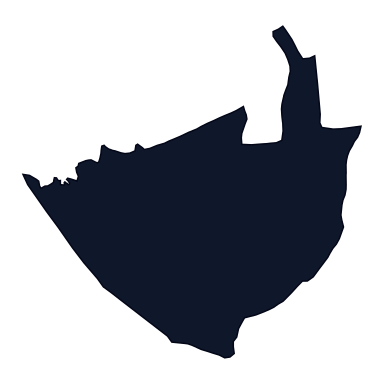 Southern Ijaw, Bayelsa, Nigeria (Mercator projection)
{"feature_id": "59680162B89388744582495", "entity_name": "Southern Ijaw", "entity_type": "district", "adm_level": 2, "iso_a3": "NGA", "parent_name": "Nigeria", "parent_adm1": "Bayelsa", "projection": "mercator", "projection_center": [5.914, 4.715], "detail": "fine", "context": "isolated", "style": "filled", "palette": "ink", "viewbox_px": 384, "rotation_deg": 0, "n_neighbors": 0, "source": "geoboundaries", "source_scale": "gbopen_adm2", "svg_char_len": 2595}
<svg xmlns="http://www.w3.org/2000/svg" viewBox="0 0 384 384"><path d="M23.0,174.4L27.7,184.6L46.4,211.3L58.2,227.3L72.7,248.1L84.0,262.9L97.4,278.5L103.4,286.9L110.7,292.2L122.0,301.0L167.5,336.1L171.8,342.1L184.8,343.4L187.9,343.8L192.0,345.2L201.2,349.4L208.1,351.5L212.3,352.9L219.2,355.0L221.2,356.0L224.7,357.8L226.1,357.6L230.0,357.0L234.2,353.5L233.3,346.8L233.3,341.5L236.7,337.1L238.2,330.2L238.6,328.5L242.1,322.0L244.5,317.8L255.1,315.1L255.9,314.9L264.1,311.7L269.6,309.3L273.8,307.2L277.8,304.3L283.2,301.1L291.4,292.8L292.6,291.5L297.2,286.4L302.4,281.1L307.4,281.0L313.2,276.9L319.9,267.8L323.4,263.2L327.8,257.3L329.9,253.3L332.8,248.4L336.4,244.0L339.3,238.7L343.5,227.0L341.7,219.8L340.9,215.1L341.9,205.1L342.9,200.2L345.0,194.9L345.0,194.7L346.0,189.5L346.1,184.9L346.0,177.7L346.0,174.3L346.1,173.3L346.0,166.0L346.0,164.6L346.5,160.1L347.5,155.7L349.3,150.8L352.3,145.7L354.3,141.5L357.5,137.3L358.2,135.7L359.5,132.7L361.0,126.2L341.2,128.8L333.1,129.1L321.9,127.5L321.5,126.7L319.8,122.8L320.2,114.1L320.1,113.2L318.0,89.4L317.5,83.7L314.7,55.8L309.6,58.2L303.0,58.8L302.7,58.8L297.6,50.9L294.8,45.2L291.8,39.4L288.6,34.6L285.4,29.8L282.8,26.2L278.4,29.2L273.1,31.6L273.2,36.3L276.8,41.5L280.7,46.5L285.2,53.2L287.9,59.5L290.0,66.0L290.3,71.4L288.9,77.2L287.9,84.8L285.8,90.1L283.9,95.4L283.7,96.7L283.0,99.6L282.0,104.1L281.5,109.0L282.0,116.8L282.6,121.9L282.8,123.3L283.1,131.1L281.8,140.4L276.3,142.8L271.2,143.2L266.8,143.7L260.5,144.1L251.5,144.8L244.8,144.5L241.8,144.4L241.3,137.7L241.8,133.3L245.1,123.7L246.9,119.1L246.2,114.8L244.7,111.0L243.4,106.5L238.2,109.5L236.3,110.6L231.2,113.0L224.8,115.6L219.5,117.9L213.6,120.7L207.6,123.3L201.2,126.5L196.7,129.1L188.8,132.3L180.2,136.4L173.1,139.4L168.9,141.1L164.5,143.3L157.2,145.4L149.9,148.4L144.3,149.5L142.4,147.7L137.6,144.2L135.9,145.3L135.0,150.9L129.9,153.1L127.1,153.4L124.9,153.6L121.7,153.0L120.8,152.8L115.0,150.9L112.5,150.4L111.0,149.8L108.6,149.0L105.5,146.8L104.1,145.3L101.8,146.1L101.2,150.4L101.0,153.3L100.0,158.1L99.0,161.4L98.6,162.1L97.5,162.8L96.0,162.4L91.1,159.9L88.6,160.1L85.8,160.7L78.8,163.4L78.1,166.2L75.9,167.8L76.7,172.3L78.4,176.3L77.0,181.0L71.1,179.1L67.7,178.2L66.8,179.2L66.6,179.5L68.0,180.7L68.8,182.0L69.7,182.9L69.5,183.7L68.9,184.4L68.3,184.7L67.1,183.4L66.0,183.0L65.2,182.2L64.9,181.9L64.2,182.6L64.5,184.7L63.3,185.0L60.4,184.6L60.4,180.5L59.2,180.7L57.9,180.2L56.5,177.9L54.4,177.7L53.9,179.8L53.5,182.4L50.2,184.6L47.7,186.0L45.0,186.1L41.0,188.3L39.6,186.1L38.7,181.2L36.4,179.4L29.5,175.4L23.0,174.4Z" fill="#0f172a" stroke="#020617" stroke-width="1.5"/></svg>